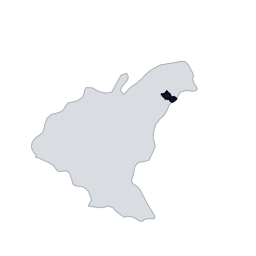 Ramón Santana, San Pedro de Macorís, Dominican Republic shown in context, rotated 304°
{"feature_id": "3306468B54245916691578", "entity_name": "Ramón Santana", "entity_type": "district", "adm_level": 2, "iso_a3": "DOM", "parent_name": "Dominican Republic", "parent_adm1": "San Pedro de Macorís", "projection": "equal_earth", "projection_center": [-69.151, 18.515], "detail": "fine", "context": "in_parent", "style": "filled", "palette": "ink", "viewbox_px": 256, "rotation_deg": 304, "n_neighbors": 0, "source": "geoboundaries", "source_scale": "gbopen_adm2", "svg_char_len": 3540}
<svg xmlns="http://www.w3.org/2000/svg" viewBox="0 0 256 256"><g transform="rotate(304 128 128)"><path d="M51.9,174.8L52.2,164.3L53.5,160.0L52.3,155.5L47.1,150.7L43.9,144.6L41.1,139.1L41.7,138.4L47.5,138.1L49.5,136.1L53.4,130.5L54.1,126.1L53.9,122.7L51.4,118.6L50.4,114.3L53.5,110.6L57.6,105.2L58.1,103.1L58.1,101.0L53.4,95.3L53.1,92.9L55.3,86.7L55.1,82.6L53.0,69.7L52.0,67.8L54.1,66.8L55.5,62.9L57.3,59.5L59.8,57.7L62.5,56.6L68.0,56.7L75.6,59.6L77.7,59.6L85.0,56.9L91.1,55.4L96.8,57.1L99.1,59.4L103.7,63.1L106.1,64.2L113.5,64.1L115.5,64.5L121.8,70.5L127.0,72.9L130.1,73.0L135.5,70.7L138.2,70.8L141.3,76.0L141.9,83.4L144.5,90.2L148.5,94.5L168.1,92.7L172.5,96.2L171.0,99.2L168.2,100.7L158.9,100.0L154.8,100.4L154.0,103.3L154.0,106.0L159.4,106.7L164.8,108.0L170.2,110.2L175.8,111.7L182.0,112.7L188.2,114.3L198.5,119.6L209.8,131.7L212.9,134.5L214.9,138.3L214.0,143.0L209.9,150.6L207.6,153.1L204.3,154.6L202.0,157.8L199.7,163.1L198.4,163.6L196.8,163.4L194.1,160.3L192.1,155.6L186.6,151.3L180.1,151.8L170.5,149.2L164.7,150.5L158.9,150.8L152.9,149.4L146.9,149.0L141.0,150.6L135.2,153.5L133.0,155.2L129.3,159.6L127.3,161.2L113.2,163.4L109.2,160.2L105.4,155.8L100.0,155.2L92.1,158.6L87.2,159.9L85.2,161.3L84.6,163.0L84.6,169.1L83.4,172.8L75.7,186.9L71.3,196.9L69.5,199.9L67.5,200.6L63.7,194.9L61.3,192.8L58.3,191.8L57.1,188.7L57.2,184.4L56.4,180.2L54.6,177.0L51.9,174.8Z" fill="#d9dde1" stroke="#a8b0b8" stroke-width="1"/><path d="M174.8,136.7L174.7,136.7L174.6,136.8L174.5,137.4L174.4,137.6L174.4,137.8L174.4,138.3L174.3,138.5L174.0,138.7L174.0,138.8L173.9,138.9L173.9,139.2L173.9,139.3L173.8,139.6L173.8,140.2L173.8,140.4L173.8,140.5L173.7,140.5L173.6,140.8L173.5,141.1L173.6,141.3L173.5,141.7L173.4,141.9L173.3,142.2L173.3,142.5L173.2,142.6L173.5,142.6L173.8,142.5L173.8,142.8L173.8,144.7L173.8,144.8L173.9,145.0L174.0,145.1L174.5,145.2L174.6,145.3L174.8,145.3L174.9,145.2L175.0,145.2L175.4,145.1L175.5,145.2L175.7,145.3L175.6,145.8L175.6,146.0L175.3,146.1L175.0,146.3L174.9,146.4L174.6,146.8L174.4,147.1L174.3,147.3L174.1,147.7L174.0,148.0L173.9,148.6L174.0,148.6L174.1,148.8L174.2,149.1L174.2,149.3L174.3,149.3L174.3,149.5L174.3,149.8L174.2,149.8L174.2,149.7L174.2,149.8L174.2,150.0L174.3,150.0L174.5,150.2L174.5,150.3L174.8,150.4L174.8,150.5L175.0,150.6L175.3,150.6L175.3,150.8L175.5,150.8L175.7,151.0L175.8,151.0L176.0,151.1L176.3,151.2L176.5,151.2L176.5,151.3L176.8,151.4L177.0,151.4L177.0,151.5L177.4,151.5L177.5,151.5L177.5,151.4L177.6,151.5L177.9,151.5L178.0,151.5L178.3,151.7L178.4,151.8L178.5,151.8L178.7,152.0L178.8,152.0L179.0,152.1L179.3,152.0L179.5,151.8L179.6,151.7L179.7,151.2L179.6,150.9L179.6,150.7L179.8,150.4L179.9,150.2L179.7,149.9L179.5,149.6L179.6,149.4L179.7,149.2L179.6,148.9L179.4,148.8L179.3,148.7L179.3,148.3L179.3,148.2L179.2,148.2L178.9,148.0L178.6,147.6L178.4,147.5L178.3,147.4L178.3,147.2L178.2,147.0L178.1,146.9L178.0,146.6L178.1,146.4L178.2,146.2L178.3,146.0L178.4,145.9L178.5,145.7L178.6,145.4L178.8,145.0L178.9,144.8L179.0,144.7L179.2,144.4L179.4,144.2L179.5,144.0L179.6,143.6L179.8,143.2L179.7,142.9L179.7,142.7L179.8,142.5L179.8,142.3L179.8,142.2L179.7,141.9L179.7,141.5L179.8,141.2L179.7,141.0L179.7,140.8L179.8,140.7L180.3,140.3L180.3,140.2L180.3,139.9L180.4,139.6L180.3,139.4L178.5,139.4L178.4,139.4L178.2,139.3L177.8,139.2L177.4,139.2L177.2,139.3L176.8,139.5L176.7,139.5L176.5,139.8L176.4,139.8L176.4,139.7L176.4,139.4L176.4,139.2L176.3,138.8L176.2,138.6L176.2,138.3L176.2,138.2L175.4,137.6L175.1,137.3L174.9,137.0L174.8,136.9L174.8,136.7Z" fill="#0f172a" stroke="#020617" stroke-width="1.5"/></g></svg>